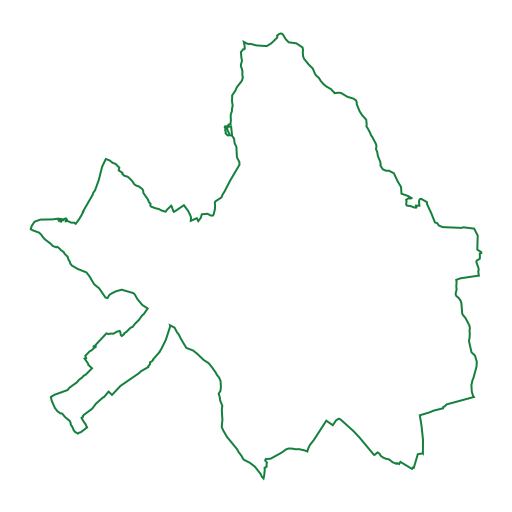 Pungesti, Vaslui, Romania
{"feature_id": "2599482B34424571679317", "entity_name": "Pungesti", "entity_type": "district", "adm_level": 2, "iso_a3": "ROU", "parent_name": "Romania", "parent_adm1": "Vaslui", "projection": "orthographic", "projection_center": [27.364, 46.71], "detail": "fine", "context": "isolated", "style": "outline", "palette": "green", "viewbox_px": 512, "rotation_deg": 0, "n_neighbors": 0, "source": "geoboundaries", "source_scale": "gbopen_adm2", "svg_char_len": 5962}
<svg xmlns="http://www.w3.org/2000/svg" viewBox="0 0 512 512"><path d="M263.5,478.5L264.2,475.5L264.7,470.0L264.6,467.7L266.1,467.2L266.7,466.4L266.5,464.9L266.9,462.5L265.2,460.5L265.7,459.1L270.6,458.7L281.5,452.7L285.9,449.5L288.5,448.5L291.4,448.5L296.0,449.3L298.8,449.1L305.0,450.5L307.3,451.5L308.3,448.3L309.8,445.1L313.9,439.9L326.3,420.7L332.8,425.2L336.1,420.3L338.5,418.8L339.4,418.8L341.4,420.2L353.7,431.3L359.9,438.0L373.9,454.8L374.6,454.9L377.6,452.4L379.5,453.7L380.8,455.9L383.2,457.6L385.7,458.7L389.0,459.4L392.9,462.4L396.6,463.8L397.1,463.1L399.1,464.1L400.4,461.9L412.0,468.9L413.0,467.4L413.8,467.8L417.8,454.2L422.5,453.4L422.9,453.7L423.0,439.9L421.5,425.6L419.8,415.3L429.5,412.4L433.7,410.6L443.1,408.3L443.2,407.1L444.8,406.3L446.6,404.4L473.9,397.0L473.0,395.7L471.8,391.7L471.4,385.2L472.5,380.2L473.4,378.1L476.5,366.7L476.8,361.9L475.0,355.6L471.5,352.3L469.2,342.2L469.0,340.5L469.5,338.3L469.8,333.8L469.5,330.6L469.9,328.1L469.4,325.5L465.4,317.9L462.7,314.7L462.2,313.5L461.4,303.3L460.6,300.6L458.5,297.8L456.3,296.0L455.7,294.5L455.7,293.1L456.6,289.8L456.3,286.5L456.6,281.8L456.2,279.9L460.5,278.3L478.9,275.6L478.2,271.6L478.7,270.1L478.4,267.7L476.4,262.3L476.4,261.2L477.0,260.4L479.6,258.9L479.9,258.3L479.8,253.6L481.3,253.0L481.2,252.1L477.3,249.6L477.7,235.5L474.1,228.6L463.3,227.3L461.5,227.9L442.6,227.1L438.8,225.5L437.3,223.2L434.9,222.4L431.4,213.5L427.0,204.0L426.9,202.1L421.3,198.9L420.3,198.9L419.3,200.1L419.0,201.7L419.4,205.7L415.9,205.6L416.0,206.5L416.5,207.0L416.2,207.6L414.6,207.6L410.6,206.1L406.7,205.5L406.1,203.8L406.6,201.5L406.1,199.9L408.3,198.4L410.9,198.5L411.5,198.1L408.3,196.1L401.5,193.7L401.0,186.9L397.7,181.4L393.9,173.3L389.0,170.7L386.3,170.8L382.9,169.4L380.8,166.2L380.4,165.4L380.7,164.1L380.2,161.7L377.9,156.0L377.1,151.5L376.0,149.3L376.4,146.2L376.1,144.3L372.2,136.8L370.9,135.1L370.1,132.8L367.7,128.3L366.4,126.3L366.7,124.4L366.2,119.7L362.3,115.4L359.6,111.3L356.8,104.3L356.6,101.8L356.0,100.4L353.7,98.7L347.4,96.8L341.1,93.0L338.5,92.7L334.5,93.2L333.6,91.7L332.6,91.1L331.1,89.2L326.2,86.4L323.4,84.0L320.9,81.2L318.9,77.9L316.5,75.9L315.1,74.1L312.8,68.6L308.6,64.4L304.0,58.7L303.1,56.3L302.8,52.6L303.0,49.6L302.5,47.4L296.3,43.3L288.7,42.3L285.7,39.2L282.9,34.5L282.0,33.7L280.7,33.5L279.0,34.1L277.1,35.6L277.4,36.9L277.0,37.8L271.3,43.3L266.8,46.1L256.3,45.4L250.3,43.8L249.1,44.1L247.2,43.7L243.8,41.9L244.5,45.1L244.8,48.6L244.1,49.3L243.3,49.2L240.9,52.1L241.4,57.7L242.0,60.9L241.0,64.2L240.9,66.5L241.7,68.2L242.5,71.4L242.3,74.2L242.6,76.7L242.9,77.3L241.9,80.7L236.8,87.3L235.3,90.8L232.2,95.3L232.0,101.3L232.7,105.5L232.0,109.0L231.9,111.2L230.8,114.3L230.7,116.2L230.9,120.9L230.5,122.9L230.6,124.1L228.5,124.6L228.0,126.1L224.9,126.5L224.7,127.1L225.4,128.3L225.2,130.1L225.8,132.6L225.6,133.3L227.6,135.4L230.0,135.3L227.7,130.7L227.2,128.9L227.2,127.7L227.9,126.9L231.1,126.4L232.1,135.9L234.0,138.5L234.6,143.1L236.4,146.9L236.9,156.7L237.3,158.2L239.3,161.8L239.5,164.7L230.1,180.7L224.6,191.4L222.4,194.9L221.5,197.4L215.1,201.6L214.8,203.1L215.1,205.5L214.9,209.3L213.6,214.5L213.0,215.5L211.0,215.6L207.5,213.8L201.8,214.3L200.8,217.8L198.3,221.1L196.8,218.2L190.8,220.8L191.0,217.4L190.4,215.5L188.2,211.0L183.9,205.2L174.0,211.9L173.3,211.1L171.7,206.4L171.2,205.7L167.2,209.5L165.6,211.7L161.8,210.6L158.8,209.0L155.6,208.3L151.1,206.6L150.3,205.6L150.5,203.7L149.2,202.5L147.8,199.3L143.4,193.0L143.1,190.5L142.2,188.9L138.5,186.2L137.1,186.0L135.1,184.9L134.1,184.0L132.0,180.8L129.2,178.0L127.6,176.7L124.4,175.8L122.3,173.9L122.5,173.0L122.1,172.6L118.7,170.4L119.3,167.6L115.7,164.0L112.8,162.9L109.4,160.3L105.8,159.0L102.1,166.8L98.8,179.9L95.1,190.2L93.2,192.9L92.7,194.7L82.9,211.7L83.3,211.9L81.3,215.5L78.9,219.5L75.7,223.8L74.2,222.7L71.4,222.7L67.5,221.0L65.7,221.3L65.7,220.7L66.9,220.0L66.9,219.5L65.9,218.4L64.3,218.9L63.2,220.3L62.6,220.4L62.3,220.2L62.8,219.5L62.3,219.5L61.0,221.7L60.7,221.6L60.8,221.2L62.0,219.2L60.2,218.8L58.9,220.7L58.5,220.1L59.2,219.4L58.4,218.6L52.6,219.4L40.4,219.6L34.5,221.7L31.8,225.8L30.7,229.0L32.2,230.1L39.2,232.7L41.8,235.3L42.0,236.0L44.7,239.2L51.1,244.1L52.5,245.8L56.1,247.3L57.3,246.8L59.8,248.8L60.5,249.8L63.7,252.1L64.7,253.9L67.6,256.7L68.7,260.1L69.7,261.3L70.3,263.5L71.8,265.5L77.8,269.0L86.4,272.4L89.4,276.2L94.1,284.2L99.2,288.4L105.5,297.6L107.6,298.0L109.2,295.2L110.6,294.0L115.9,291.3L121.7,289.7L133.3,293.1L134.8,294.5L137.4,299.1L142.3,305.0L147.7,308.5L143.7,314.2L142.1,315.4L139.2,319.6L134.9,323.9L132.4,327.1L131.1,327.4L130.0,328.3L126.4,331.9L124.3,333.2L124.1,334.2L121.7,336.0L120.8,334.9L120.2,331.6L119.7,330.9L116.9,331.7L113.4,333.7L111.0,333.6L108.3,334.0L106.4,333.4L95.2,345.4L94.9,345.9L95.7,346.1L95.6,347.1L94.6,347.5L93.7,346.7L93.6,348.5L91.4,350.4L89.8,351.2L85.3,355.8L86.1,358.2L84.6,358.6L88.1,363.6L88.3,364.8L92.0,368.3L85.9,374.5L83.7,375.7L82.4,377.3L78.9,379.9L77.2,382.1L69.3,387.8L67.7,390.0L54.7,394.7L50.9,396.9L51.6,400.5L54.9,408.0L57.4,411.2L60.4,413.4L62.1,413.5L65.2,417.2L69.6,420.8L70.6,422.8L70.8,424.8L72.2,426.6L73.7,430.2L75.0,431.9L77.9,433.6L79.0,432.7L80.7,432.3L87.1,427.4L86.0,425.4L85.7,424.3L84.3,422.6L81.5,418.0L83.0,416.8L82.8,416.1L83.7,415.0L92.2,408.7L96.1,403.5L103.2,397.3L103.9,397.2L108.6,391.6L112.0,394.9L120.6,385.8L139.4,372.9L140.7,371.4L148.4,367.0L148.3,366.2L149.9,364.4L150.1,362.3L151.8,361.4L153.1,359.9L153.0,359.5L159.8,351.8L159.7,351.4L161.1,349.4L165.8,339.9L170.0,326.9L170.2,326.1L170.0,325.3L174.5,327.6L176.9,332.1L178.9,334.7L180.7,338.5L186.3,347.9L193.1,350.5L196.9,353.5L203.7,360.0L208.7,363.2L211.3,366.4L215.8,372.7L216.7,374.6L219.2,377.7L220.6,381.1L220.9,387.3L220.5,390.8L218.7,393.6L219.9,397.9L220.1,400.3L222.3,405.7L221.8,409.9L222.4,420.0L221.8,425.6L221.9,427.4L223.2,430.4L226.9,436.8L237.0,449.1L238.5,451.9L241.6,456.0L243.1,458.9L244.1,459.9L249.9,462.8L255.0,466.8L260.6,474.0L261.8,476.6L263.5,478.5Z" fill="none" stroke="#15803d" stroke-width="2"/></svg>